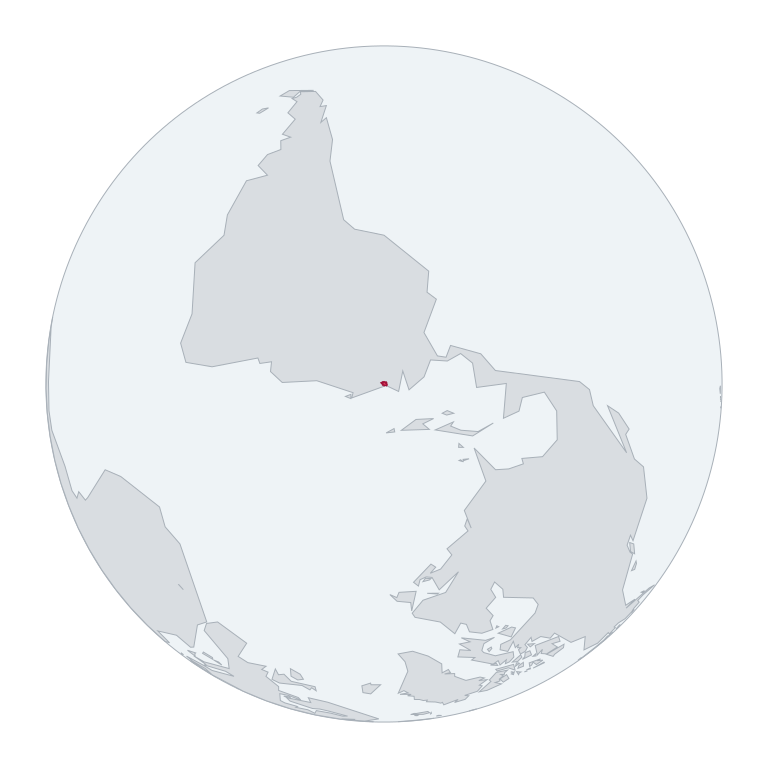 the Earth from above Carabobo, rotated 162°
{"feature_id": "VEN-33", "entity_name": "Carabobo", "entity_type": "State", "adm_level": 1, "iso_a3": "VEN", "parent_name": "Venezuela", "parent_adm1": "", "projection": "orthographic", "projection_center": [-67.927, 10.207], "detail": "coarse", "context": "on_globe", "style": "filled", "palette": "rose", "viewbox_px": 768, "rotation_deg": 162, "n_neighbors": 0, "source": "natural_earth", "source_scale": "10m", "svg_char_len": 8971}
<svg xmlns="http://www.w3.org/2000/svg" viewBox="0 0 768 768"><g transform="rotate(162 384 384)"><circle cx="384" cy="384" r="338" fill="#eef3f6" stroke="#a8b0b8"/><path d="M324.5,394.2L316.7,390.3L308.8,400.1L282.6,382.8L273.9,362.4L197.3,325.9L190.3,315.2L191.7,298.7L174.5,243.6L178.1,294.3L169.8,283.8L164.8,265.4L169.7,261.4L169.0,235.3L162.8,225.0L169.2,194.1L195.6,158.0L196.3,164.0L202.6,155.6L202.0,148.1L200.1,145.4L220.8,114.4L222.5,98.9L211.8,101.8L223.0,96.0L195.0,108.0L188.7,109.4L202.8,103.4L209.6,99.7L208.7,97.7L215.5,93.6L219.0,90.7L227.2,86.3L234.8,84.4L240.2,81.8L239.3,80.8L247.0,76.6L247.5,78.3L260.9,71.5L276.0,69.3L270.7,81.6L286.0,80.5L298.8,94.4L304.5,90.9L313.0,95.4L322.8,93.4L322.4,97.6L330.5,92.6L329.0,89.2L332.1,86.2L337.7,85.0L338.2,89.7L335.4,91.0L338.5,91.9L336.3,94.9L340.6,92.7L340.5,99.3L348.9,91.4L355.7,95.4L353.4,100.3L342.8,101.6L311.1,119.5L305.5,126.7L308.2,134.4L336.2,144.2L334.4,152.1L340.0,161.5L345.9,155.7L343.7,146.6L356.1,139.2L351.8,130.0L356.3,126.1L356.3,116.9L367.9,116.7L379.3,121.9L379.9,129.9L384.9,132.9L393.8,124.6L404.0,140.2L426.6,152.5L428.0,157.3L413.7,166.3L389.8,166.7L371.2,182.4L395.1,171.2L398.1,185.2L403.5,187.5L410.2,186.7L413.7,181.2L417.2,186.3L395.0,198.2L391.4,193.8L398.5,189.7L387.3,190.5L372.3,200.5L375.0,207.8L349.5,218.3L351.1,224.0L346.5,230.1L345.6,220.0L346.7,238.9L317.1,260.2L318.1,295.3L304.4,268.0L291.6,264.7L276.1,265.0L275.9,270.6L255.7,265.9L236.5,277.4L228.1,305.0L234.0,326.7L256.6,328.4L264.0,316.5L281.0,314.5L267.5,346.7L297.0,352.1L293.3,376.5L301.7,389.3L316.7,386.3L332.3,392.5L343.7,378.4L362.0,370.7L362.1,390.6L372.4,372.4L382.5,381.9L419.0,380.7L416.1,385.3L446.9,407.9L480.3,416.9L488.1,430.9L484.1,439.9L495.7,441.9L495.9,447.7L542.2,453.5L565.7,465.8L564.8,485.7L544.9,510.0L526.2,557.7L490.2,574.9L480.7,593.2L452.0,619.8L430.3,618.6L436.2,630.7L423.9,638.2L409.6,638.9L407.0,647.3L396.5,647.6L403.4,652.9L386.6,663.3L391.6,671.6L379.5,679.4L383.2,683.9L378.5,683.7L373.6,685.3L373.3,687.8L358.7,683.4L354.2,672.9L359.1,667.6L352.8,666.6L363.2,652.3L356.5,655.1L357.4,632.4L366.5,612.7L371.6,552.7L364.1,540.3L338.0,525.5L306.6,477.5L314.7,458.0L308.0,448.5L330.1,420.6L324.5,394.2ZM64.6,278.4L67.2,270.8L66.0,276.0L64.6,278.4ZM68.6,266.0L67.7,268.6L68.4,266.4L68.6,266.0ZM69.0,264.3L68.7,265.6L68.7,264.9L69.0,264.3ZM69.2,262.9L69.2,263.3L69.1,263.6L69.2,262.9ZM315.7,307.2L349.5,324.5L329.7,326.5L333.6,323.4L325.2,316.3L309.2,309.7L292.1,313.1L315.7,307.2ZM70.5,258.6L71.0,257.3L71.3,256.9L70.5,258.6ZM332.1,287.9L326.2,286.6L332.0,286.5L332.1,287.9ZM198.1,145.1L201.3,148.5L199.3,157.3L195.9,154.7L198.1,145.1ZM202.9,130.2L206.3,130.0L199.0,137.8L199.3,135.4L202.9,130.2ZM202.5,105.5L203.8,106.5L200.2,107.0L202.5,105.5ZM218.1,91.1L215.6,92.4L218.4,90.4L218.1,91.1ZM349.9,117.7L353.0,117.3L351.4,119.2L349.9,117.7ZM346.9,114.4L342.8,116.9L340.7,115.7L343.3,114.2L346.9,114.4ZM233.6,82.3L239.0,79.3L234.8,81.9L233.6,82.3ZM352.4,111.7L337.7,113.4L334.3,111.4L341.2,104.2L352.4,111.7ZM243.0,77.4L256.0,71.3L251.6,73.1L271.6,65.5L253.9,72.6L249.4,75.2L248.1,75.2L243.0,77.4ZM326.1,88.8L327.9,92.2L321.2,90.6L326.1,88.8ZM321.0,88.6L296.0,89.9L296.1,84.9L304.4,85.1L300.4,80.3L312.7,77.1L317.8,79.1L315.3,82.7L321.9,78.9L321.0,88.6ZM280.6,62.8L284.8,61.4L281.8,62.6L280.6,62.8ZM332.8,84.8L327.7,85.2L327.4,80.8L337.5,79.3L334.4,81.1L332.8,84.8ZM293.2,80.9L294.8,77.8L305.3,74.2L307.3,72.7L313.0,76.7L293.2,80.9ZM337.3,81.6L342.7,78.7L347.9,79.9L337.7,84.2L337.3,81.6ZM323.1,80.5L323.4,78.4L326.5,79.0L323.1,80.5ZM369.6,83.8L363.5,83.6L362.8,81.2L369.6,83.8ZM344.3,77.7L342.5,77.3L341.5,76.5L346.1,75.0L344.3,77.7ZM320.0,74.2L324.0,73.6L318.2,72.3L325.8,70.1L328.2,73.4L330.4,71.1L332.7,70.4L332.1,73.9L320.0,74.2ZM347.8,71.4L353.5,75.7L365.0,76.1L365.9,78.1L347.4,77.3L347.8,71.4ZM338.6,72.5L344.5,72.2L342.7,74.5L337.5,76.2L338.6,72.5ZM330.0,67.7L317.8,70.1L317.6,69.4L330.0,67.7ZM351.5,70.9L350.0,70.0L352.5,70.7L351.5,70.9ZM337.0,68.0L332.7,68.8L332.7,67.9L337.0,68.0ZM350.7,67.6L352.5,68.9L349.1,69.9L350.7,67.6ZM344.7,67.4L345.8,66.0L346.8,69.5L342.8,67.8L344.7,67.4ZM337.7,67.0L336.3,66.8L339.5,66.8L337.7,67.0ZM362.7,63.6L364.8,67.7L357.2,69.7L356.2,65.3L362.7,63.6ZM383.3,692.3L360.1,685.0L373.0,688.4L381.5,684.7L393.8,690.0L383.3,692.3ZM408.5,682.3L418.6,679.9L421.1,681.1L414.7,683.1L408.5,682.3ZM652.4,178.7L653.8,180.8L644.2,169.3L634.8,157.5L652.4,178.7ZM617.9,140.1L617.7,139.9L616.9,139.2L617.9,140.1ZM613.9,136.3L613.6,136.2L631.6,154.7L637.1,160.3L641.9,168.6L651.4,179.2L655.9,186.2L641.6,171.2L636.0,164.7L617.0,152.3L623.4,159.7L641.7,172.3L640.1,172.4L648.9,184.2L640.9,175.3L619.2,161.2L617.4,171.1L631.2,205.1L626.8,211.1L615.8,209.1L594.7,179.9L606.9,170.0L599.6,161.1L583.4,152.0L588.5,150.3L583.3,145.8L586.6,142.4L577.7,128.8L578.9,125.1L562.4,112.3L560.8,109.2L571.1,117.3L578.8,121.7L580.4,115.0L576.9,111.4L566.0,104.1L567.8,103.8L557.1,97.7L551.5,92.2L549.3,94.3L536.4,87.4L526.0,80.9L521.3,79.4L538.3,90.4L545.5,94.7L552.3,97.5L571.4,111.5L573.6,115.8L552.1,103.7L552.9,109.0L535.8,98.7L500.4,72.9L492.4,67.1L506.5,69.4L515.9,73.3L515.5,74.1L527.9,78.7L521.1,75.7L522.6,76.0L510.7,70.9L511.2,71.0L499.0,66.4L498.2,66.0L506.0,68.9L504.1,68.1L528.0,78.3L551.1,90.3L573.2,104.0L594.2,119.4L613.9,136.3ZM282.9,61.6L271.6,65.5L251.6,73.1L282.9,61.6ZM678.4,550.0L682.7,541.8L702.4,489.8L710.9,462.0L714.2,442.6L712.8,404.2L713.7,378.9L711.3,370.3L707.6,375.9L703.9,365.8L700.9,367.5L675.7,388.6L662.9,377.3L635.5,336.4L636.3,315.8L627.5,295.0L626.1,212.5L635.9,212.5L646.2,192.6L649.3,193.4L659.0,209.2L675.5,219.1L667.9,204.1L671.8,206.9L683.6,227.7L694.0,249.4L702.7,271.7L709.9,294.6L715.4,318.0L719.3,341.6L721.4,365.5L721.9,389.5L720.6,413.5L717.7,437.3L713.1,460.8L706.8,484.0L698.9,506.6L689.4,528.7L678.4,550.0ZM638.4,250.4L641.2,256.7L641.3,256.7L638.4,250.4ZM420.1,380.4L424.5,384.1L418.6,384.4L420.1,380.4ZM326.7,334.6L334.0,335.1L337.7,338.2L332.1,339.2L326.7,334.6ZM388.6,335.1L397.1,336.8L388.2,338.5L388.6,335.1ZM354.9,326.8L381.8,334.6L364.5,340.4L347.5,335.8L359.4,334.1L354.9,326.8ZM328.1,299.2L332.6,300.7L331.1,304.3L328.1,299.2ZM336.3,288.0L334.6,288.3L332.4,285.4L336.3,288.0ZM399.4,184.4L401.3,183.6L408.0,184.0L404.7,186.4L399.4,184.4ZM438.7,173.3L443.5,181.9L437.8,176.9L434.1,181.2L417.5,176.9L427.8,159.6L426.1,167.9L438.7,173.3ZM398.2,167.8L407.6,171.6L396.9,168.2L398.2,167.8ZM551.9,128.1L557.5,129.2L562.7,134.8L561.0,142.2L553.4,133.9L551.9,128.1ZM564.1,129.9L543.1,117.4L543.3,113.2L546.7,117.5L549.0,116.0L555.1,122.6L575.8,131.9L581.8,137.7L575.4,146.6L574.2,140.1L568.8,138.9L564.1,129.9ZM489.3,102.0L480.2,99.0L492.4,93.4L499.4,97.0L498.3,103.8L489.2,103.7L489.3,102.0ZM367.6,99.7L363.3,100.7L363.2,99.1L366.7,97.0L367.6,99.7ZM366.8,83.9L386.0,94.4L382.1,95.8L398.1,101.6L394.0,107.8L383.8,103.7L392.6,113.4L381.8,112.2L388.9,118.7L366.6,108.8L357.2,108.9L369.2,106.2L373.3,100.3L372.2,97.8L362.1,91.1L343.9,89.5L344.9,84.2L350.5,81.0L355.0,80.5L352.9,83.9L360.5,80.9L360.9,85.6L366.8,83.9ZM415.3,59.3L411.0,61.1L426.3,60.4L426.8,63.2L428.5,62.9L433.2,65.6L441.8,68.7L440.5,70.0L444.4,70.8L447.6,72.9L452.6,74.6L451.9,77.7L457.9,80.2L454.1,80.4L464.7,83.9L456.5,82.8L459.8,86.2L466.0,85.5L450.1,103.4L449.8,113.4L454.0,122.9L439.4,121.0L426.1,111.6L415.6,100.0L418.0,91.3L411.0,92.6L410.0,89.0L416.0,89.5L406.3,86.8L407.1,84.1L397.7,76.8L383.2,75.6L379.4,73.4L385.5,72.6L377.4,71.0L386.4,68.1L383.9,66.6L390.2,62.9L403.5,62.9L399.7,61.3L404.3,59.0L415.3,59.3ZM364.9,62.5L380.6,60.8L388.6,61.8L374.2,68.1L375.3,69.9L366.3,75.0L354.9,73.7L358.5,72.2L359.4,70.6L362.6,71.6L360.7,69.6L365.6,67.7L365.4,65.8L370.5,65.7L364.9,62.5ZM646.2,186.4L647.3,185.9L647.7,183.6L653.2,191.5L646.2,186.4ZM631.7,176.9L631.8,174.9L639.8,183.9L638.6,184.9L631.7,176.9ZM625.1,166.8L631.2,174.1L627.2,170.7L625.1,166.8ZM570.4,115.5L569.7,113.6L572.3,115.1L575.8,118.2L570.4,115.5ZM460.8,61.4L457.1,61.4L455.2,60.7L443.5,59.0L442.2,57.3L448.7,57.7L460.8,61.4ZM658.3,188.5L660.1,189.7L659.8,190.7L658.3,188.5ZM457.5,59.3L452.8,58.7L455.0,58.3L457.5,59.3ZM440.6,56.2L442.1,55.5L440.6,57.0L440.6,56.2ZM474.9,58.5L456.5,54.1L439.8,50.7L457.6,54.2L469.5,57.1L470.5,57.3L474.9,58.5ZM401.8,46.5L404.2,46.8L398.3,46.5L396.3,46.3L397.2,46.3L401.8,46.5ZM431.6,51.0L436.9,52.0L434.9,52.1L431.6,51.0ZM283.5,61.7L284.7,61.5L281.2,62.5L283.5,61.7Z" fill="#d9dde1" stroke="#a8b0b8" stroke-width="1"/><path d="M382.1,381.7L382.4,382.1L382.8,382.3L383.5,382.3L383.9,382.5L384.3,382.4L384.3,383.0L384.6,383.3L385.0,383.2L385.5,383.3L385.6,383.5L385.5,383.8L385.6,384.6L385.4,384.8L385.4,385.1L385.5,385.0L386.2,385.3L386.3,385.8L386.1,385.7L385.9,386.0L385.7,386.0L385.3,386.2L385.3,385.9L385.1,385.9L384.9,385.7L384.7,385.6L384.8,386.2L384.3,386.3L383.6,386.2L383.7,385.9L383.2,386.1L382.2,385.3L382.1,385.1L382.4,384.8L382.2,384.5L381.8,384.8L381.6,385.2L381.4,385.3L381.3,385.2L381.2,384.8L381.1,384.2L381.5,383.7L381.3,383.1L381.3,382.3L381.5,382.0L381.8,382.0L382.1,381.7Z" fill="#f43f5e" stroke="#9f1239" stroke-width="1.5"/></g></svg>